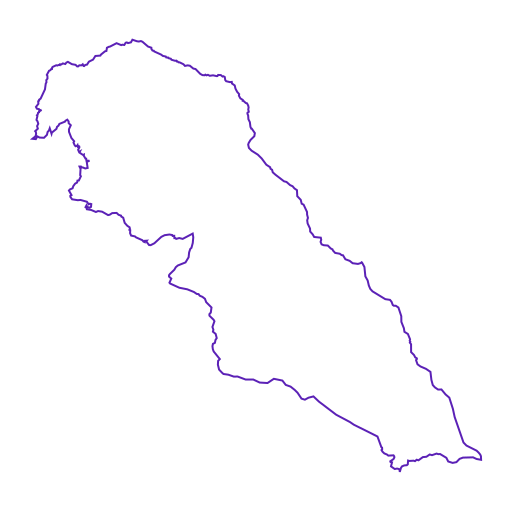 the district of San Miguel de Urcuqui, Imbabura, Ecuador, rotated 179°
{"feature_id": "8360857B34555635043771", "entity_name": "San Miguel de Urcuqui", "entity_type": "district", "adm_level": 2, "iso_a3": "ECU", "parent_name": "Ecuador", "parent_adm1": "Imbabura", "projection": "albers", "projection_center": [-78.284, 0.578], "detail": "fine", "context": "isolated", "style": "outline", "palette": "violet", "viewbox_px": 512, "rotation_deg": 179, "n_neighbors": 0, "source": "geoboundaries", "source_scale": "gbopen_adm2", "svg_char_len": 6052}
<svg xmlns="http://www.w3.org/2000/svg" viewBox="0 0 512 512"><g transform="rotate(179 256 256)"><path d="M459.7,444.8L462.0,440.7L461.4,439.7L461.4,437.0L462.6,435.5L462.5,433.3L463.2,432.1L464.1,426.3L468.6,417.1L470.1,416.1L470.1,415.1L471.1,414.5L470.9,412.0L473.4,408.9L472.5,407.1L470.4,406.6L470.1,405.3L468.8,405.7L468.6,405.3L470.4,404.2L470.4,403.5L471.4,403.0L471.8,401.3L472.6,400.5L472.1,399.8L473.1,395.9L472.1,394.5L471.4,392.0L472.6,389.7L471.9,387.1L474.6,384.7L474.0,384.0L473.7,381.9L474.4,379.5L477.5,377.1L474.1,376.7L472.5,379.4L470.3,378.2L465.9,377.9L462.9,380.8L462.2,383.6L460.8,385.2L460.0,387.3L458.3,381.8L458.0,382.9L453.3,386.6L452.7,388.6L451.2,389.8L450.3,391.5L444.6,393.7L444.2,394.5L442.3,395.6L441.0,393.8L441.0,392.1L438.9,390.0L440.8,386.0L440.8,383.4L438.5,377.2L435.8,373.9L436.5,372.6L435.4,370.0L434.5,368.9L433.1,369.2L432.5,370.0L432.2,368.4L431.2,368.9L430.8,368.6L430.7,367.7L432.0,365.3L431.1,363.1L430.2,363.6L430.7,362.6L430.2,362.1L427.1,360.0L426.3,360.4L426.4,359.2L424.8,356.4L424.1,356.3L423.9,354.3L420.8,354.1L423.6,353.1L422.8,347.0L425.2,346.5L427.7,347.6L428.5,347.5L429.4,348.5L430.9,348.5L429.9,346.2L430.4,339.9L429.7,338.8L431.8,334.6L433.2,334.5L433.6,332.6L435.6,331.5L437.5,329.0L438.2,326.9L440.9,325.8L441.9,324.7L439.4,320.1L440.6,319.4L440.6,318.4L438.9,315.9L433.2,314.9L430.5,315.1L424.1,313.2L422.4,310.6L421.2,311.2L419.8,310.8L420.1,308.0L421.3,307.3L423.8,307.9L424.6,309.6L425.6,307.8L424.5,307.0L424.3,305.7L420.0,304.9L415.3,302.8L413.1,303.7L409.1,303.0L403.2,299.5L401.6,299.8L399.0,301.4L394.6,301.5L392.7,299.6L390.2,298.7L390.0,297.8L388.1,296.6L386.7,291.4L384.1,288.4L381.9,286.9L381.6,285.4L382.1,284.4L381.3,284.0L381.5,281.0L380.5,278.6L376.7,277.7L375.6,276.7L369.4,273.8L368.2,272.3L367.0,271.8L367.0,273.1L365.1,273.2L365.4,272.9L364.6,271.3L362.7,268.8L361.1,268.7L357.4,270.5L350.3,276.8L347.0,278.4L342.2,279.0L339.3,278.4L339.0,277.5L337.4,277.6L337.3,275.3L336.2,275.3L335.5,274.5L332.5,275.3L329.0,274.4L318.9,279.5L318.4,275.8L319.0,270.1L320.4,265.3L321.6,264.2L322.8,260.8L323.4,255.9L326.6,250.8L334.3,247.9L336.4,246.2L337.9,243.7L342.4,239.5L343.3,238.3L343.3,236.9L341.1,234.9L343.0,230.8L342.4,230.0L333.2,225.6L325.3,223.9L318.7,221.1L315.9,219.1L314.1,218.9L313.0,217.3L310.3,216.1L307.8,214.1L306.6,210.7L301.4,205.3L302.2,200.2L303.5,198.9L303.7,197.8L303.4,196.9L299.5,193.0L298.7,191.5L300.8,185.8L299.9,183.0L300.4,181.1L297.7,178.8L296.7,174.6L298.0,172.7L298.6,169.9L300.6,168.9L301.1,166.6L300.8,163.7L300.0,161.3L294.0,153.6L295.7,151.8L296.0,148.0L294.9,143.1L292.0,139.9L290.6,138.6L285.7,137.8L280.3,135.8L276.5,135.8L268.6,132.7L260.8,132.5L254.5,129.4L246.7,128.8L240.3,132.9L231.8,131.0L228.5,126.6L223.7,124.8L219.6,121.4L216.8,118.5L213.0,112.6L209.6,111.5L206.0,113.4L201.0,114.6L195.6,109.3L178.6,95.9L164.9,88.3L161.1,85.6L137.7,73.4L134.0,62.7L133.3,62.2L133.2,60.6L133.9,59.8L132.9,58.1L131.2,56.4L128.5,55.2L127.2,54.1L122.0,54.3L121.3,53.3L121.2,52.1L122.1,50.5L125.3,48.4L125.1,47.7L123.6,47.3L124.7,43.3L121.0,40.6L118.7,41.0L116.8,40.5L116.2,39.6L116.0,37.6L114.8,41.5L113.7,43.1L111.5,44.0L108.9,44.2L107.9,45.0L107.5,48.8L106.3,48.4L102.0,48.6L100.6,48.1L98.9,49.5L97.1,48.9L92.7,52.0L89.1,52.3L85.8,54.5L83.5,53.8L78.9,55.3L77.2,54.7L75.4,54.8L69.2,50.9L67.4,47.2L63.0,45.7L59.2,46.4L56.0,49.6L52.6,50.8L42.5,50.9L39.0,49.2L34.5,48.3L34.6,51.9L35.3,53.6L36.9,55.6L38.8,57.5L48.9,62.8L51.8,65.9L60.2,91.6L61.8,99.7L65.2,111.0L68.9,114.3L72.9,119.3L76.3,119.3L79.4,121.5L81.5,123.9L82.8,129.1L83.6,137.1L88.0,140.2L93.5,142.7L96.4,144.9L97.8,149.1L96.9,150.3L97.0,150.9L98.6,151.9L99.7,154.2L102.6,157.2L102.5,165.1L103.7,166.7L103.2,167.5L103.8,168.6L103.4,170.0L105.5,175.4L108.9,177.6L109.4,181.2L111.8,187.6L111.8,193.3L114.5,202.0L117.1,203.8L119.1,203.9L120.1,204.6L121.3,207.9L122.8,209.8L127.5,210.6L140.1,218.6L142.3,221.1L143.7,224.5L144.8,229.6L147.0,233.7L147.8,243.1L150.1,247.6L150.5,247.9L151.4,247.1L154.2,246.3L159.5,247.1L162.4,249.5L166.7,251.2L169.0,255.2L170.4,255.4L172.2,256.8L176.8,257.7L179.0,260.2L179.4,261.3L181.1,262.2L184.0,265.2L188.1,265.6L190.2,266.5L191.2,269.0L190.5,271.0L190.9,273.2L197.5,274.0L198.9,276.6L201.4,279.5L201.5,282.5L203.8,287.6L204.2,290.8L203.4,293.2L204.2,296.5L204.2,299.1L207.5,306.5L209.4,307.5L210.3,311.4L213.7,315.1L213.9,321.1L216.4,322.9L218.2,325.1L220.7,326.3L224.2,329.5L226.7,330.2L235.1,336.9L237.8,339.4L238.4,341.9L240.0,343.0L240.3,344.5L244.1,347.1L248.6,353.4L252.4,357.3L258.6,361.4L261.2,364.2L261.9,367.5L261.3,369.2L259.4,372.2L255.6,375.8L255.0,378.9L258.0,383.4L258.5,383.4L259.3,385.2L259.8,389.9L261.2,392.9L261.4,396.7L262.1,398.4L262.0,399.4L260.7,400.3L261.2,402.6L260.8,404.7L261.2,406.6L262.3,408.8L263.6,409.2L265.7,411.2L266.6,411.4L266.5,412.3L268.9,413.9L270.3,416.6L270.0,418.1L272.0,420.5L273.6,423.7L274.3,426.9L277.0,428.9L277.2,430.5L279.0,430.3L282.8,431.3L283.7,432.5L284.1,435.5L285.4,436.3L286.3,436.0L288.0,437.5L290.7,437.7L291.4,436.6L292.0,436.5L295.8,437.4L299.1,437.0L300.9,438.0L302.3,437.5L303.5,438.2L304.2,437.6L306.4,437.8L308.6,439.1L313.2,444.0L315.4,444.5L318.8,447.4L321.0,447.8L323.7,447.3L325.2,449.0L329.1,451.0L330.1,451.0L331.2,452.0L331.8,451.9L332.2,452.7L333.5,452.6L337.1,453.7L337.7,454.7L340.0,455.3L340.2,455.9L342.3,456.1L342.7,457.0L345.7,457.7L347.3,459.0L354.2,462.3L354.6,463.0L355.9,463.2L356.9,464.7L357.0,466.1L360.3,467.3L365.8,472.2L367.3,472.9L369.5,472.5L371.3,472.8L375.8,474.4L377.3,471.8L380.3,471.1L381.4,471.8L382.6,471.5L384.0,469.3L385.9,469.6L387.1,469.2L391.7,471.2L398.4,467.9L399.6,467.7L401.4,466.8L402.0,463.6L403.4,463.3L407.5,460.1L408.1,459.1L413.1,458.8L415.5,455.2L419.7,453.2L421.6,450.3L423.4,450.0L424.5,448.9L425.1,449.0L425.9,450.7L427.1,449.7L429.4,449.7L430.5,448.7L431.5,448.7L433.1,450.3L436.7,451.0L440.7,453.4L442.2,452.7L443.3,451.3L445.8,451.9L447.3,450.9L448.6,451.1L448.8,450.3L449.8,450.5L451.4,449.9L452.4,450.2L455.8,448.7L456.5,448.1L456.7,446.6L457.4,446.6L458.3,445.4L459.7,444.8Z" fill="none" stroke="#5b21b6" stroke-width="2"/></g></svg>